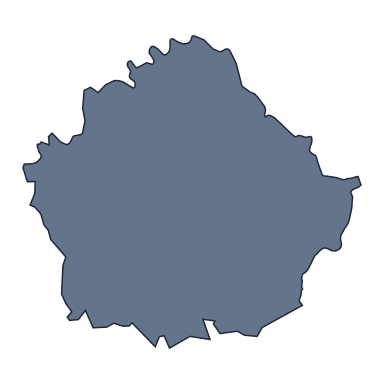 Cuenca, orthographic projection
{"feature_id": "ESP-5818", "entity_name": "Cuenca", "entity_type": "Autonomous Community", "adm_level": 1, "iso_a3": "ESP", "parent_name": "Spain", "parent_adm1": "", "projection": "orthographic", "projection_center": [-2.034, 39.943], "detail": "fine", "context": "isolated", "style": "filled", "palette": "slate", "viewbox_px": 384, "rotation_deg": 0, "n_neighbors": 0, "source": "natural_earth", "source_scale": "10m", "svg_char_len": 3093}
<svg xmlns="http://www.w3.org/2000/svg" viewBox="0 0 384 384"><path d="M358.0,176.5L361.0,185.0L358.9,186.8L352.5,189.8L351.3,191.2L350.8,192.4L351.1,193.5L352.1,195.6L352.5,196.8L352.5,198.5L352.1,201.9L352.0,205.3L351.6,208.8L349.2,220.0L347.9,223.5L346.8,225.5L344.9,228.0L341.1,235.0L340.6,237.0L340.5,238.9L340.7,240.4L341.4,243.7L341.4,245.8L340.7,247.4L339.7,248.7L338.4,249.7L337.0,250.5L335.4,250.9L332.3,250.8L330.8,250.3L329.5,249.5L326.6,248.2L325.1,248.0L323.6,248.2L322.1,248.9L319.1,251.4L315.3,255.3L314.3,256.6L308.4,268.7L306.5,271.2L304.7,272.9L303.2,273.7L302.6,274.5L301.8,276.8L301.6,277.6L301.6,278.5L301.7,279.1L302.1,279.9L302.3,280.6L302.3,280.8L302.3,281.1L302.0,282.4L301.8,283.4L301.8,284.5L301.9,285.5L301.8,287.5L302.2,288.3L302.4,288.5L302.5,288.7L302.6,289.2L302.2,289.7L301.5,290.3L301.1,291.3L301.3,293.6L300.3,297.3L299.4,298.9L299.4,300.2L299.5,301.2L299.9,302.2L300.6,303.1L301.3,303.5L302.3,305.4L262.2,327.5L257.1,336.4L244.4,335.2L237.4,331.2L220.0,333.6L213.4,324.0L214.8,320.9L203.0,319.3L210.0,339.5L189.9,336.4L169.5,348.1L164.1,335.7L159.4,336.7L155.2,346.7L132.1,322.9L129.1,326.0L122.6,326.1L113.9,323.2L106.7,327.1L93.2,327.8L85.4,310.4L78.3,319.6L69.6,320.4L67.2,317.0L71.8,311.9L65.6,303.1L61.6,294.1L62.9,265.7L65.8,256.9L50.7,239.4L48.2,230.1L44.0,225.0L40.9,214.1L34.9,207.1L30.1,205.1L34.9,193.1L35.1,181.5L27.4,181.8L23.0,167.9L24.2,164.1L32.5,163.8L35.8,162.8L38.4,160.7L40.1,158.9L41.0,157.3L41.2,155.7L40.6,154.3L39.6,153.0L38.9,151.6L38.4,150.1L38.0,148.4L37.4,146.9L37.2,144.9L37.7,144.1L38.3,144.0L39.6,144.3L41.1,142.0L49.3,144.9L48.5,136.7L52.1,133.2L60.5,141.9L66.2,144.6L68.1,144.2L69.6,143.1L70.8,141.3L72.7,137.0L74.0,135.9L81.1,134.6L82.4,133.4L85.0,121.0L82.7,108.2L84.2,90.4L90.5,87.3L98.2,92.6L105.5,84.9L114.2,80.6L118.4,80.6L122.8,81.8L133.1,88.0L134.0,87.8L134.7,86.9L135.1,85.6L135.1,84.2L135.0,82.9L133.9,81.1L130.7,78.8L129.5,77.1L129.5,75.6L130.5,71.7L130.6,70.7L128.0,66.9L127.3,64.6L127.9,62.3L128.5,61.6L130.8,60.9L135.3,67.0L136.3,67.5L137.3,67.7L146.6,62.8L152.3,64.3L153.3,63.8L154.0,62.0L153.6,59.6L149.3,53.1L149.2,51.2L149.8,49.1L150.7,47.4L151.9,46.4L153.8,46.4L157.5,48.7L163.4,54.6L165.2,54.9L167.0,53.9L168.6,52.2L169.7,50.0L170.1,47.5L170.0,41.6L170.7,39.2L172.8,38.8L177.5,41.8L183.1,43.8L186.0,43.7L188.9,42.7L190.2,41.5L191.0,40.0L192.2,36.1L194.1,35.9L204.0,39.9L213.0,49.0L219.3,51.6L221.0,51.7L225.6,49.1L228.0,49.1L229.8,50.5L236.2,63.5L242.0,86.2L250.0,92.0L254.8,94.1L257.7,97.2L264.6,106.5L265.5,109.5L265.4,112.0L264.6,113.7L264.9,116.4L265.8,116.9L266.6,116.2L268.1,115.3L270.5,115.6L274.7,117.9L292.3,134.7L294.5,136.3L295.9,136.9L298.1,135.6L299.9,135.6L302.2,136.2L304.6,137.1L306.5,137.3L310.7,136.5L311.6,137.4L311.8,138.8L311.9,140.4L311.8,141.9L311.0,144.7L310.1,146.7L309.5,150.9L310.3,151.9L311.4,153.1L315.4,155.4L316.1,156.5L316.6,158.0L317.2,160.7L322.0,174.4L323.5,175.7L325.1,176.2L326.8,176.1L337.4,177.8L342.0,179.5L344.6,179.7L346.0,179.1L346.3,178.9L347.9,178.6L350.8,178.3L353.9,177.7L355.0,177.0L358.0,176.5Z" fill="#64748b" stroke="#1e293b" stroke-width="1.5"/></svg>